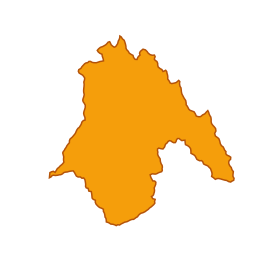 the district of Antônio Dias, Minas Gerais, Brazil, rotated 163°
{"feature_id": "56859067B34077113992648", "entity_name": "Antônio Dias", "entity_type": "district", "adm_level": 2, "iso_a3": "BRA", "parent_name": "Brazil", "parent_adm1": "Minas Gerais", "projection": "robinson", "projection_center": [-42.887, -19.578], "detail": "fine", "context": "isolated", "style": "filled", "palette": "amber", "viewbox_px": 256, "rotation_deg": 163, "n_neighbors": 0, "source": "geoboundaries", "source_scale": "gbopen_adm2", "svg_char_len": 4694}
<svg xmlns="http://www.w3.org/2000/svg" viewBox="0 0 256 256"><g transform="rotate(163 128 128)"><path d="M217.7,103.4L216.0,103.7L214.6,104.6L213.2,104.7L211.3,103.8L209.0,103.4L207.3,103.3L205.9,103.0L204.0,103.3L202.5,104.1L200.7,104.1L199.0,103.7L197.5,103.7L196.0,103.6L194.2,103.3L192.9,103.0L192.2,101.0L191.8,98.9L191.4,97.1L190.0,95.7L187.9,95.1L186.7,93.4L185.0,93.2L184.3,91.3L184.5,89.3L184.9,86.7L185.7,84.4L185.4,82.9L183.8,81.9L183.9,79.1L181.7,77.9L182.0,75.4L182.4,73.4L182.8,71.5L182.1,69.9L180.3,68.4L181.0,66.6L180.8,64.5L179.9,62.6L179.1,61.2L178.2,60.1L176.6,58.9L175.3,57.5L175.9,55.5L175.5,53.6L175.6,51.6L176.0,49.5L175.5,48.1L175.7,46.5L176.2,44.5L174.7,43.5L173.7,42.6L172.6,41.2L170.5,40.3L168.8,39.1L167.8,38.1L166.1,38.5L164.4,37.7L162.4,38.3L160.3,38.6L158.9,38.9L156.2,38.7L154.1,39.1L152.4,39.4L150.8,39.4L149.3,39.0L147.8,39.5L146.5,40.0L144.9,40.3L143.4,41.5L142.0,42.2L140.4,42.7L138.5,42.6L136.1,43.0L134.2,43.7L132.3,44.3L130.8,45.2L129.1,45.7L127.5,46.4L125.8,47.2L124.3,48.3L124.1,49.9L122.9,51.8L125.0,53.2L125.6,55.6L124.2,55.9L123.1,56.7L122.3,58.0L121.5,59.1L120.8,60.8L120.5,63.0L119.2,64.5L118.0,66.0L117.2,68.0L118.0,69.5L119.8,70.2L120.2,72.2L120.6,74.3L120.5,76.8L118.2,77.1L116.6,76.4L115.2,75.9L113.8,75.9L111.9,76.3L110.0,76.4L108.6,76.4L107.6,77.4L107.3,79.2L106.5,80.6L106.3,82.4L106.8,84.2L106.8,86.5L106.3,89.2L106.9,91.2L107.3,92.8L107.3,94.5L106.5,96.2L106.4,97.9L105.8,99.4L104.4,99.8L102.8,98.7L100.7,97.7L98.5,99.2L97.4,100.9L96.2,101.9L94.7,102.4L93.7,103.4L92.0,103.8L90.6,102.9L89.7,101.6L88.6,100.6L87.0,100.2L85.9,101.2L84.9,102.7L83.7,103.4L82.2,103.0L81.2,101.4L80.2,100.2L78.6,100.0L77.1,99.7L77.6,97.3L77.9,95.3L76.1,93.7L74.8,91.8L74.2,89.9L74.5,87.9L75.2,85.4L73.9,84.1L72.9,83.1L72.0,81.6L71.6,79.6L71.3,77.9L70.3,76.8L69.0,75.7L67.2,75.3L66.4,74.0L66.2,71.5L64.9,70.2L63.6,69.2L62.6,68.2L61.9,66.6L61.0,65.1L60.9,63.2L60.8,61.1L61.1,59.2L62.2,57.2L60.8,55.5L59.5,53.4L57.8,53.6L56.0,53.2L54.0,52.0L52.2,50.8L50.6,49.8L48.9,48.9L47.4,47.3L45.6,46.3L44.1,46.8L42.2,47.1L41.3,48.9L41.8,51.0L41.3,52.6L40.6,54.2L40.0,55.5L40.8,57.7L40.8,60.0L41.8,62.4L42.0,64.6L41.6,66.1L40.7,67.3L39.1,68.0L38.3,70.0L39.4,71.5L40.7,72.6L41.7,73.8L41.9,75.3L41.2,76.8L42.0,78.4L42.2,80.1L42.5,82.0L43.8,83.8L44.3,85.9L44.2,87.5L44.1,89.0L44.3,91.4L45.6,93.2L46.8,94.8L46.7,97.5L44.8,99.4L44.4,101.9L45.2,104.0L46.1,105.8L46.8,107.9L46.6,109.9L45.9,112.1L45.6,114.2L46.1,116.0L46.3,117.5L46.3,119.6L46.6,121.3L48.5,120.3L50.4,119.1L52.9,118.7L54.3,118.0L55.6,117.7L57.3,118.2L59.2,119.4L59.5,122.0L60.1,124.2L61.8,125.5L63.5,126.8L64.3,128.1L64.6,129.8L65.0,131.7L65.6,133.2L65.1,134.8L64.8,137.4L65.6,140.0L66.0,142.1L66.5,144.7L66.4,146.7L66.0,148.7L65.6,150.9L66.1,152.7L65.8,155.3L64.9,157.3L65.6,158.7L67.0,158.1L68.5,157.4L70.6,157.4L73.2,157.7L74.5,158.7L74.9,161.0L75.7,163.1L75.0,165.3L74.7,167.0L74.7,168.9L74.5,170.7L75.1,172.2L76.4,171.9L78.0,171.8L78.5,174.0L80.0,175.5L81.3,177.5L81.2,179.4L80.7,181.2L80.9,183.1L81.9,184.4L82.7,185.7L82.2,187.1L81.2,188.2L81.4,190.0L83.6,190.5L85.5,191.8L86.8,193.7L87.4,195.6L88.5,197.6L90.6,199.0L92.3,198.3L93.9,197.6L95.1,196.2L95.2,194.2L96.9,193.5L98.2,192.4L99.3,190.9L101.2,191.6L102.0,193.8L102.0,196.0L103.4,197.4L104.9,199.2L105.3,201.2L106.3,203.2L106.6,204.8L106.1,206.8L105.9,209.0L105.9,210.9L106.0,213.0L107.3,214.9L107.8,217.0L108.9,218.3L109.5,216.8L110.5,215.3L111.8,214.1L112.6,212.7L113.5,211.4L114.7,210.5L115.9,209.5L117.5,209.3L118.8,210.8L119.8,212.6L120.0,214.5L120.3,215.9L121.9,215.9L123.4,214.9L124.9,214.1L126.5,213.7L128.4,213.3L130.8,213.2L133.0,212.3L134.7,211.2L134.2,209.4L133.0,207.6L131.3,206.1L131.6,204.1L131.5,201.4L131.8,199.4L133.5,199.5L135.3,199.8L137.2,199.7L139.3,199.7L141.7,200.5L143.3,201.4L144.3,202.6L145.8,203.1L147.4,202.3L149.2,202.5L150.7,202.1L152.4,201.1L154.1,200.1L155.6,198.8L158.0,198.2L158.9,196.8L158.7,194.9L157.2,193.2L155.9,191.8L155.3,190.2L154.8,188.5L155.6,186.6L156.8,184.9L157.2,182.5L158.0,180.4L158.7,178.8L159.4,177.1L159.9,175.3L160.1,172.7L161.2,170.8L162.3,169.3L163.1,167.9L163.2,166.3L162.6,164.4L162.2,162.3L162.9,160.1L164.1,158.3L165.2,156.8L166.1,155.1L166.3,153.3L166.1,150.5L166.8,148.1L168.5,148.2L170.3,147.2L171.7,145.2L173.2,143.9L174.5,142.8L176.0,142.3L177.6,141.0L178.8,139.6L180.0,138.2L181.9,136.9L183.9,135.6L186.6,134.4L187.7,133.0L188.4,131.0L190.1,130.0L191.7,128.8L192.9,127.5L194.4,126.4L195.5,125.2L196.8,124.4L197.7,123.2L197.8,121.2L197.9,119.2L198.7,117.3L199.1,115.8L199.3,114.1L200.8,113.0L202.1,112.3L203.7,111.7L205.7,110.5L207.4,109.9L209.0,108.4L210.7,106.9L212.0,108.4L213.8,108.5L215.7,108.2L216.6,106.1L217.7,103.4Z" fill="#f59e0b" stroke="#b45309" stroke-width="1.5"/></g></svg>